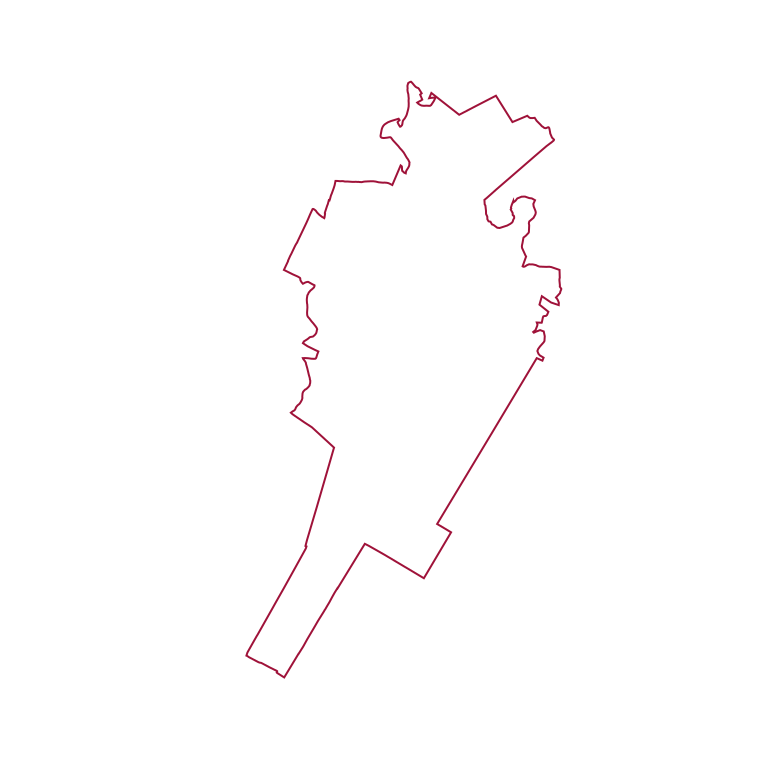 Stoenesti, Giurgiu, Romania (Mercator projection), rotated 23°
{"feature_id": "2599482B4424245077125", "entity_name": "Stoenesti", "entity_type": "district", "adm_level": 2, "iso_a3": "ROU", "parent_name": "Romania", "parent_adm1": "Giurgiu", "projection": "mercator", "projection_center": [25.883, 44.12], "detail": "fine", "context": "isolated", "style": "outline", "palette": "rose", "viewbox_px": 768, "rotation_deg": 23, "n_neighbors": 0, "source": "geoboundaries", "source_scale": "gbopen_adm2", "svg_char_len": 6088}
<svg xmlns="http://www.w3.org/2000/svg" viewBox="0 0 768 768"><g transform="rotate(23 384 384)"><path d="M406.8,693.1L410.7,665.9L410.8,665.9L412.2,657.3L413.1,648.7L414.8,636.0L415.8,627.9L417.6,616.5L417.7,615.2L417.9,614.7L418.4,610.6L419.0,606.3L419.6,599.7L420.1,595.3L420.9,590.2L421.1,590.3L428.8,538.6L433.2,538.9L451.3,541.0L496.6,547.2L503.7,494.3L487.6,492.1L502.6,385.9L514.5,300.5L520.7,300.6L520.6,297.4L516.3,296.8L514.3,295.8L512.3,293.7L512.2,291.6L512.9,288.5L514.7,283.2L514.9,281.7L513.3,277.2L510.5,273.2L506.6,273.4L505.1,274.9L503.7,276.2L501.9,278.2L501.0,277.8L502.4,275.1L502.3,270.8L502.1,269.4L500.6,267.7L505.2,266.0L505.2,265.5L504.2,260.5L504.3,259.4L505.1,258.8L506.5,258.0L507.1,256.8L507.1,256.3L507.1,253.3L496.1,250.2L495.0,241.5L506.0,243.7L514.0,243.1L513.2,240.9L511.9,239.5L510.9,238.6L509.9,237.9L508.5,237.2L510.5,231.5L510.2,230.0L510.2,227.8L510.0,227.1L507.8,225.7L507.3,224.3L505.1,220.3L504.5,218.9L504.3,217.6L501.0,210.4L492.3,211.0L490.3,211.5L487.8,212.7L481.2,215.2L479.3,215.3L477.3,215.2L474.2,215.8L472.1,216.7L470.8,217.1L469.2,218.7L467.9,220.6L467.3,221.2L466.4,221.6L465.6,221.5L465.0,211.1L464.1,210.5L457.9,204.8L457.2,203.6L456.8,202.3L456.4,200.1L455.3,195.3L455.2,194.7L456.6,192.2L458.0,188.4L458.0,187.5L455.6,181.1L454.5,179.4L454.2,177.6L456.7,172.6L457.1,168.9L457.0,168.0L456.6,166.6L455.5,165.2L452.4,162.1L451.1,159.9L451.2,155.8L447.5,155.4L445.1,156.1L440.5,156.4L437.5,157.8L434.2,161.1L433.4,164.1L432.3,166.0L431.5,164.8L431.6,169.2L431.9,172.0L432.6,172.8L432.4,173.8L435.6,176.3L436.4,178.1L436.9,178.4L437.5,178.3L438.1,178.7L438.6,179.5L439.0,180.5L438.8,182.2L439.0,184.0L438.9,184.9L438.6,185.7L437.7,187.2L435.5,190.0L429.5,195.2L427.2,195.9L422.7,194.8L421.0,194.9L418.6,193.0L416.7,193.4L414.8,192.0L413.7,189.6L411.5,187.6L410.2,184.7L407.6,180.1L406.5,179.3L404.5,175.3L406.0,172.4L411.3,161.2L425.1,133.1L433.5,115.9L440.7,101.4L444.0,95.7L445.0,93.7L445.1,93.2L445.0,92.6L444.0,92.2L442.3,91.5L439.1,88.4L438.6,87.5L436.8,84.8L436.1,83.9L435.5,83.5L435.2,83.4L434.8,83.5L433.0,85.3L432.3,85.5L431.7,85.6L431.1,85.6L430.3,85.3L428.5,85.0L426.9,84.2L421.7,82.1L418.7,80.1L416.8,81.2L414.8,82.0L414.3,82.0L413.3,81.9L411.1,81.1L399.9,92.7L374.4,74.9L360.1,92.1L348.0,106.8L313.9,97.6L313.9,103.3L316.1,101.9L317.9,101.0L319.5,100.4L319.3,104.1L318.4,108.9L317.6,110.0L313.9,111.4L313.2,111.8L311.9,112.4L309.8,113.0L308.6,113.0L307.2,112.8L306.1,112.6L304.6,112.0L305.1,111.3L307.1,108.8L308.1,107.3L304.2,103.5L305.1,101.7L300.6,98.5L299.6,98.2L298.4,98.3L297.0,98.1L295.2,97.3L292.7,96.0L290.9,95.2L290.7,95.2L289.8,96.0L288.7,97.5L289.0,100.1L289.4,101.1L290.2,102.6L290.6,104.0L291.7,105.9L293.2,107.8L294.5,110.3L295.1,111.3L296.0,113.8L297.1,116.0L298.3,119.0L298.9,121.6L299.6,126.5L299.7,128.2L299.4,131.1L299.3,131.6L298.7,133.5L298.6,134.4L298.8,135.7L299.2,137.1L299.4,138.1L299.4,138.7L299.2,139.4L298.8,140.4L298.3,140.9L298.0,140.8L295.9,139.3L294.2,137.7L294.5,136.6L295.2,135.0L293.8,134.1L287.7,139.2L285.4,141.5L284.2,143.2L283.1,144.9L282.5,146.6L282.3,148.1L282.3,149.7L282.6,151.5L283.8,156.8L284.3,157.7L285.0,158.1L285.7,158.2L286.2,158.1L287.4,157.8L288.2,157.4L290.7,156.0L291.9,155.2L293.1,154.5L293.4,154.4L294.2,154.5L297.1,156.2L304.4,159.5L306.5,160.7L309.0,161.8L311.8,163.3L316.5,166.8L318.4,167.9L320.9,170.0L321.1,170.9L321.5,171.8L321.9,173.3L321.8,175.4L321.2,178.8L321.3,179.9L321.7,181.6L320.1,181.6L319.3,181.4L319.2,181.2L318.9,181.0L317.7,180.8L317.4,180.6L316.7,179.4L316.3,178.4L315.5,176.9L315.1,176.6L313.9,176.3L313.9,197.6L310.9,197.4L309.5,197.4L307.9,197.7L305.8,198.4L304.4,199.1L300.3,200.4L297.3,200.9L294.8,201.6L292.7,202.5L287.7,204.9L286.4,205.6L284.6,206.9L282.4,207.7L281.5,207.9L281.0,208.2L279.3,208.8L275.9,210.3L271.8,211.7L268.9,212.9L266.9,213.3L264.3,214.5L261.2,215.5L260.0,216.0L260.9,220.4L261.2,223.6L261.5,229.1L261.5,231.2L261.8,233.4L262.0,234.7L262.1,236.3L261.4,236.3L262.0,240.5L262.0,242.1L262.5,248.0L262.7,249.8L263.2,250.2L264.2,254.1L264.2,254.7L262.3,254.4L261.8,254.4L258.3,253.5L255.4,252.3L254.3,251.6L253.5,251.1L252.5,250.8L251.1,250.5L250.6,250.5L250.2,250.6L249.9,250.9L249.7,256.8L249.7,261.6L249.6,266.2L248.7,287.1L248.7,287.5L248.8,287.7L248.5,288.8L248.2,291.3L247.8,300.6L247.6,302.7L247.5,307.5L247.5,308.1L247.7,308.4L247.3,318.1L257.2,318.7L262.7,318.8L264.9,319.1L265.4,319.3L265.6,319.5L266.3,320.8L266.7,321.3L268.2,322.4L268.9,322.8L270.2,323.4L271.9,321.3L273.1,320.3L274.1,319.7L274.5,319.6L279.5,320.2L280.9,320.2L281.5,320.3L281.8,321.3L281.8,322.5L280.8,324.8L280.1,326.1L279.7,326.9L279.5,327.9L279.1,328.8L279.0,329.4L279.0,330.9L278.8,332.3L279.6,335.4L280.1,336.8L281.5,339.6L282.3,340.8L283.6,343.5L285.2,348.1L285.7,349.2L286.3,350.4L286.8,351.1L287.7,351.9L290.0,353.0L292.7,354.6L295.2,355.8L298.3,357.5L299.9,358.5L301.1,359.7L301.1,360.3L301.5,362.1L301.7,363.5L301.4,365.2L301.1,366.0L300.2,367.9L299.6,368.4L297.9,369.5L297.3,370.1L296.6,371.6L295.9,372.8L293.5,376.3L293.7,377.0L293.4,377.8L293.4,378.1L298.8,379.1L307.5,379.6L310.9,379.7L311.0,382.9L311.3,385.7L311.3,386.9L311.0,387.5L309.7,388.2L307.2,389.1L304.2,389.9L301.1,391.0L299.2,391.9L299.7,392.4L302.5,394.0L303.7,394.9L304.3,395.9L307.0,399.2L311.2,404.9L313.4,407.6L313.9,408.6L314.3,409.1L314.7,409.5L315.3,410.9L315.7,412.1L315.9,413.9L316.1,414.4L315.7,416.0L315.0,417.8L314.4,419.0L313.5,420.1L312.8,422.0L312.6,423.0L312.7,424.5L313.9,428.0L314.3,428.6L314.5,429.5L314.6,430.8L314.4,433.0L314.2,434.2L313.9,435.4L312.8,437.4L312.3,439.1L312.1,440.0L312.2,441.3L312.0,442.8L311.6,443.6L310.5,445.0L309.5,446.8L311.4,447.5L314.1,448.1L325.5,450.4L334.5,452.0L362.9,462.1L363.0,463.4L365.7,485.6L370.3,524.2L374.1,557.7L375.0,563.8L376.1,563.8L376.3,566.0L374.7,581.6L372.7,600.6L371.6,610.9L369.7,627.4L368.8,635.8L368.7,636.6L365.6,664.1L365.3,666.0L364.7,671.2L363.2,684.5L363.5,687.8L364.6,687.8L366.2,688.2L367.3,688.3L376.8,689.1L378.1,689.1L380.0,688.7L389.1,689.5L397.6,690.0L397.9,690.1L398.0,690.5L397.9,691.4L398.1,691.6L400.1,692.0L406.8,693.1Z" fill="none" stroke="#9f1239" stroke-width="2"/></g></svg>